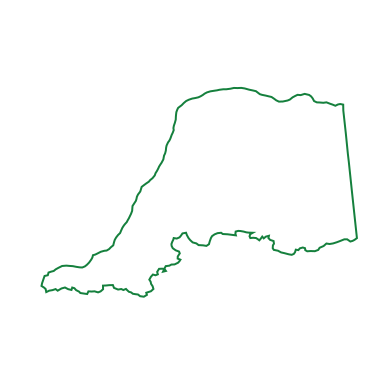 Cachoeira Grande, Maranhão, Brazil (Equal Earth projection), rotated 264°
{"feature_id": "56859067B84641252535542", "entity_name": "Cachoeira Grande", "entity_type": "district", "adm_level": 2, "iso_a3": "BRA", "parent_name": "Brazil", "parent_adm1": "Maranhão", "projection": "equal_earth", "projection_center": [-43.956, -3.094], "detail": "fine", "context": "isolated", "style": "outline", "palette": "green", "viewbox_px": 384, "rotation_deg": 264, "n_neighbors": 0, "source": "geoboundaries", "source_scale": "gbopen_adm2", "svg_char_len": 3833}
<svg xmlns="http://www.w3.org/2000/svg" viewBox="0 0 384 384"><g transform="rotate(264 192 192)"><path d="M109.0,43.0L109.7,46.2L107.9,48.1L109.7,52.1L110.3,55.7L108.3,58.7L107.2,61.9L109.5,62.9L108.6,65.0L106.5,66.5L104.7,69.3L103.2,70.4L102.3,73.9L101.5,77.1L104.0,78.6L103.5,81.8L103.4,84.7L102.0,88.1L102.7,90.7L104.6,93.4L108.2,93.7L108.0,96.9L108.0,99.8L107.7,103.6L104.8,104.4L102.7,108.3L102.9,111.5L101.7,113.5L102.5,116.2L101.1,117.3L99.4,118.8L98.5,121.0L97.0,122.5L96.3,125.0L95.7,127.6L93.8,129.5L92.9,133.2L94.4,136.4L96.6,136.0L97.6,140.8L99.6,143.5L102.4,143.0L104.9,141.7L107.1,141.5L109.3,140.4L112.0,142.3L114.0,144.5L113.0,147.0L113.7,149.4L116.2,149.0L119.0,151.2L118.9,153.6L118.5,156.5L121.0,158.1L121.1,161.8L122.0,163.9L121.8,167.1L123.1,170.7L124.5,172.3L125.9,173.4L127.3,170.8L129.4,171.1L132.2,173.4L134.1,172.9L135.7,169.7L138.1,167.0L140.5,166.1L142.4,166.1L144.8,167.3L146.3,168.3L148.1,169.0L147.3,172.0L148.2,174.9L149.8,176.5L151.8,178.2L152.1,181.8L149.7,182.4L146.6,183.7L144.3,185.2L141.8,187.4L140.4,191.0L138.5,193.0L137.8,197.4L136.9,200.7L138.3,203.4L141.1,204.5L144.2,206.0L146.0,207.3L147.5,210.0L148.4,213.1L148.4,216.7L147.0,218.2L146.2,223.1L144.3,231.1L146.0,230.8L148.1,231.3L148.5,233.9L148.1,236.2L147.2,239.3L146.2,241.8L145.7,243.9L145.1,248.2L143.9,245.4L141.9,244.6L140.1,245.2L140.1,248.0L139.5,250.9L138.2,252.5L136.9,253.9L138.4,255.5L140.3,257.2L138.4,258.5L139.9,260.8L140.4,263.9L138.2,263.2L136.2,264.7L134.7,268.0L132.0,268.1L130.5,266.9L127.7,266.4L125.9,267.3L124.6,271.4L122.6,274.3L121.6,277.3L119.9,281.8L119.1,284.6L119.8,286.8L121.4,288.2L123.8,289.2L123.1,291.7L124.7,293.4L125.2,296.4L124.3,298.5L122.3,298.6L121.0,300.4L120.9,303.6L120.3,308.0L121.2,311.5L123.2,313.1L124.5,317.2L126.7,320.3L125.9,323.4L126.1,326.9L126.9,330.8L127.7,333.9L129.0,338.5L128.7,341.4L126.2,344.3L126.6,346.6L127.4,348.6L128.9,351.2L177.9,351.1L201.6,351.1L205.7,351.1L213.6,351.0L233.1,351.1L235.0,351.1L257.2,351.0L263.1,351.5L264.0,348.6L263.8,346.3L262.8,343.6L264.3,340.8L265.3,338.6L267.1,335.1L267.0,331.9L267.7,328.2L268.1,325.5L269.7,322.9L272.5,321.8L274.7,320.4L276.3,318.6L277.8,314.3L277.0,310.2L277.6,307.1L276.7,304.6L275.6,301.9L273.7,299.0L273.0,296.6L272.5,291.8L272.8,287.9L274.4,285.3L276.1,283.5L278.2,281.0L279.2,278.1L280.2,275.3L281.3,271.8L282.2,269.7L285.6,266.1L286.6,263.2L287.8,259.5L289.5,255.2L290.4,251.8L290.6,248.2L291.1,244.6L290.7,241.0L290.6,237.0L290.9,233.9L290.8,230.0L290.5,227.5L290.4,225.1L290.2,220.9L289.5,217.3L288.5,214.8L287.4,213.0L286.3,210.6L285.5,208.2L285.1,205.0L284.9,202.0L284.1,198.5L283.1,195.7L281.4,193.2L279.4,190.8L278.2,188.8L277.1,187.0L275.5,186.0L273.1,184.8L270.5,184.2L268.4,183.8L265.7,183.4L262.6,182.2L259.8,180.9L257.5,180.2L255.5,180.3L252.9,179.0L250.8,177.7L248.9,176.8L247.1,175.9L245.4,174.8L243.9,173.4L240.9,171.6L238.8,170.9L235.9,170.3L233.2,169.3L231.1,168.0L227.4,166.9L224.3,164.8L222.5,163.3L220.7,161.9L219.1,161.0L216.8,159.5L214.5,157.7L212.4,156.7L209.9,154.2L208.2,151.6L206.8,150.2L205.2,147.2L202.4,142.5L197.9,140.6L195.1,138.0L193.0,136.7L190.8,136.0L189.0,135.2L186.8,133.4L184.3,131.4L181.7,130.9L179.5,130.5L176.7,129.1L174.3,127.6L172.5,126.5L170.6,125.1L168.8,123.9L167.4,122.3L165.9,120.8L163.8,119.1L160.9,117.4L158.7,116.2L156.9,113.9L154.7,111.8L152.5,110.2L150.2,109.2L147.2,108.1L145.5,105.5L143.9,103.6L142.7,101.0L142.7,98.6L142.1,95.1L140.9,92.0L139.9,89.3L139.5,86.9L137.3,86.1L135.4,84.8L132.6,82.3L130.6,79.9L129.2,77.7L128.4,75.0L128.8,72.4L129.7,69.0L130.7,65.8L131.3,62.4L131.9,59.4L132.0,55.1L130.5,51.1L129.3,48.3L127.9,46.2L127.5,43.5L126.9,40.9L124.3,39.9L123.9,36.6L120.7,35.1L117.0,33.4L114.3,32.5L112.4,34.9L110.8,36.3L107.7,36.6L108.8,39.7L109.0,43.0ZM118.5,156.5L115.8,154.9L116.2,157.8L118.5,156.5Z" fill="none" stroke="#15803d" stroke-width="2"/></g></svg>